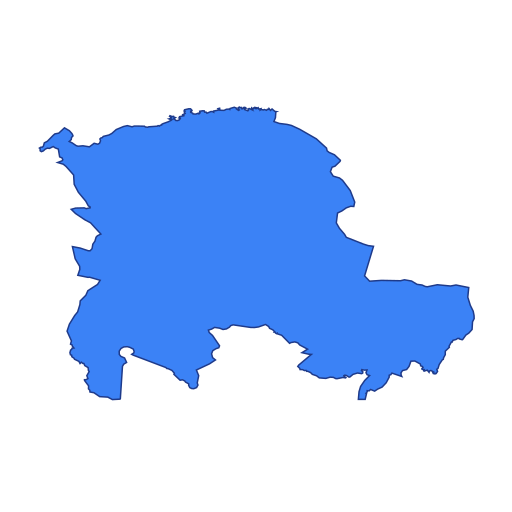 the district of Central Tongu, Volta, Ghana, rotated 272°
{"feature_id": "2480657B36678414015123", "entity_name": "Central Tongu", "entity_type": "district", "adm_level": 2, "iso_a3": "GHA", "parent_name": "Ghana", "parent_adm1": "Volta", "projection": "equal_earth", "projection_center": [0.611, 6.166], "detail": "fine", "context": "isolated", "style": "filled", "palette": "blue", "viewbox_px": 512, "rotation_deg": 272, "n_neighbors": 0, "source": "geoboundaries", "source_scale": "gbopen_adm2", "svg_char_len": 6053}
<svg xmlns="http://www.w3.org/2000/svg" viewBox="0 0 512 512"><g transform="rotate(272 256 256)"><path d="M401.0,271.3L401.2,269.8L403.5,266.9L402.0,265.4L403.9,263.8L403.0,263.4L403.0,262.2L402.0,261.5L402.7,259.2L402.2,258.2L402.6,256.3L402.1,255.3L403.4,255.8L402.9,253.8L404.3,253.0L403.4,251.9L403.3,250.4L403.6,249.9L404.3,250.7L404.5,249.6L403.8,249.4L403.9,248.4L402.7,247.9L403.9,246.5L403.1,246.3L401.9,247.2L403.2,244.0L402.5,243.0L401.6,243.4L400.8,242.8L402.0,239.4L402.9,239.4L403.4,240.9L404.2,239.7L403.9,238.1L403.2,238.0L402.5,236.9L404.0,236.0L403.7,234.9L404.3,234.2L403.7,233.2L402.2,233.4L401.4,234.2L400.9,233.5L402.3,231.3L403.0,231.6L403.9,229.1L402.5,224.9L401.5,224.7L401.9,223.9L401.6,221.2L400.4,219.0L400.4,214.9L402.4,214.5L401.9,212.8L400.6,213.9L399.4,208.6L398.2,208.7L398.8,207.4L398.8,205.9L397.0,202.0L398.0,201.2L398.0,199.6L399.2,199.3L399.3,197.8L398.7,194.7L397.3,195.1L396.9,194.1L396.5,194.5L396.0,194.0L396.5,192.8L395.7,190.8L395.8,188.1L396.5,187.8L397.3,185.7L398.4,185.7L398.3,186.5L399.3,187.0L400.8,185.5L400.8,183.7L399.7,179.6L399.1,179.2L398.2,179.9L398.0,179.2L397.3,179.3L396.0,180.2L394.6,177.7L394.2,177.8L393.8,179.6L392.6,174.8L392.0,175.0L391.3,174.2L390.6,176.2L390.6,175.0L389.3,174.5L388.6,173.0L388.6,171.2L390.2,169.5L390.1,168.8L391.5,170.6L391.8,169.2L392.7,168.8L392.5,167.1L393.2,165.1L392.6,164.8L392.3,166.0L391.1,167.0L391.6,165.9L390.3,165.4L390.0,164.3L389.6,165.3L390.4,166.0L389.6,167.1L388.9,166.9L387.1,163.7L385.0,158.4L384.3,157.2L383.6,157.1L383.4,155.9L382.5,155.0L382.9,153.6L382.3,152.8L381.4,144.4L380.9,143.2L381.1,140.9L381.8,140.0L381.7,132.1L381.6,129.8L380.8,127.6L381.8,122.9L380.8,119.1L377.5,111.9L373.5,107.7L371.8,104.8L370.2,99.2L368.9,98.2L368.5,96.8L367.5,95.9L365.7,96.6L363.2,95.7L362.2,94.0L363.0,90.3L359.3,85.7L360.1,79.2L359.5,74.3L360.0,72.5L362.7,68.2L363.9,65.3L365.9,67.3L368.0,67.5L369.6,68.9L370.1,68.8L371.9,67.8L374.7,65.1L377.4,60.1L371.9,54.6L371.0,50.7L369.6,49.2L363.4,43.5L361.7,40.5L358.4,39.7L357.4,38.8L357.2,37.1L356.3,35.8L355.8,36.5L353.6,36.6L352.8,37.9L353.6,39.8L355.5,41.7L356.5,43.8L356.3,45.8L358.3,49.5L357.0,51.6L356.0,54.7L348.2,56.3L347.3,58.7L345.4,59.6L344.4,58.9L342.5,54.5L341.0,60.2L338.9,63.0L330.6,70.9L321.3,71.8L313.4,76.3L304.8,84.0L300.2,86.7L299.4,88.4L298.4,88.6L297.4,84.6L298.1,82.7L297.6,74.1L296.2,69.7L292.2,74.1L286.2,83.7L283.4,89.5L272.5,100.2L270.7,96.8L269.2,95.5L265.2,94.5L262.1,92.5L257.6,91.9L255.4,90.0L255.4,88.1L257.8,80.0L259.0,72.2L246.9,75.4L239.6,80.1L236.5,80.4L230.5,78.6L228.8,88.8L229.0,90.4L226.3,101.1L222.0,98.6L215.5,89.2L210.8,87.3L205.0,81.9L201.3,81.7L193.9,79.7L190.2,76.9L181.4,71.9L174.3,69.8L164.7,74.5L161.4,73.7L160.6,75.4L159.5,75.6L157.7,77.2L157.4,75.4L156.2,75.0L155.5,74.0L152.9,73.4L150.8,74.0L150.5,75.2L148.9,75.5L147.5,77.7L146.5,78.2L144.5,82.7L142.4,83.9L143.8,85.1L142.6,86.7L142.6,87.7L140.5,88.7L138.6,92.1L135.7,92.5L134.7,93.3L130.5,91.1L127.6,92.3L126.5,90.5L126.4,88.9L125.6,89.0L120.4,93.2L117.4,93.2L116.0,94.6L114.3,94.8L113.7,98.8L110.0,104.7L109.8,112.8L107.5,117.5L108.2,125.1L108.7,125.4L141.1,126.4L143.3,127.6L145.1,130.4L149.5,128.2L151.0,124.4L152.9,122.8L156.1,122.6L158.9,124.3L160.5,127.0L160.9,130.5L160.3,133.1L158.7,136.6L156.4,137.5L154.9,137.3L153.4,135.2L152.6,136.8L141.4,169.8L140.4,170.9L140.4,172.0L138.7,176.0L136.0,178.5L134.9,178.1L129.2,184.5L129.7,186.8L128.7,189.1L127.5,190.0L125.9,193.2L124.4,193.2L122.2,194.4L121.3,196.3L121.2,198.4L122.4,201.2L125.0,202.5L127.1,201.7L134.4,202.9L140.0,200.4L146.6,213.3L150.7,219.1L152.9,216.2L156.7,215.0L159.9,216.1L162.0,219.3L163.0,222.0L165.0,222.7L175.1,215.3L177.9,211.9L180.3,211.0L181.4,214.2L183.2,217.1L182.6,222.2L181.4,225.6L182.1,229.0L184.0,232.0L185.5,233.1L186.4,235.5L184.4,253.4L184.5,257.0L185.2,261.0L187.9,267.9L186.0,271.1L184.2,272.1L182.8,275.4L181.1,277.1L180.6,276.8L180.6,277.7L179.7,278.2L179.1,279.2L179.5,279.9L179.0,279.9L177.7,284.4L169.9,292.6L170.7,293.9L171.5,297.8L170.7,300.8L168.6,302.8L164.7,310.8L161.0,305.3L159.7,312.0L159.6,314.8L148.6,302.6L147.1,301.6L145.2,303.7L144.0,304.0L144.1,306.5L143.2,308.4L143.4,310.1L142.5,310.7L142.6,311.7L141.4,314.6L139.7,316.4L138.4,320.7L136.4,323.5L136.1,330.0L137.5,334.3L137.4,337.6L136.3,339.8L136.2,341.2L137.6,347.1L137.3,349.8L137.6,350.1L138.9,348.2L139.5,348.0L140.0,348.9L139.8,350.4L138.2,353.2L138.4,354.1L141.1,357.1L142.6,361.5L142.1,365.7L142.7,366.7L144.0,366.8L145.2,365.4L146.2,365.7L145.7,368.2L146.0,370.9L143.2,370.0L141.2,371.2L140.5,373.7L135.4,369.0L129.3,365.1L124.0,363.7L116.3,363.3L116.5,370.1L122.6,371.3L122.7,370.8L124.3,371.9L125.3,371.8L125.2,373.8L126.6,375.2L125.1,379.3L127.2,382.2L129.4,386.6L133.8,390.5L139.5,393.3L141.5,393.3L142.1,394.9L143.7,395.9L140.7,405.9L142.0,405.2L144.3,405.0L146.6,406.4L147.8,410.5L151.0,412.8L156.3,414.5L156.6,418.4L153.8,424.0L152.0,424.4L151.5,426.0L150.6,426.8L149.2,425.7L148.6,425.9L148.4,428.0L147.3,427.5L146.8,428.0L147.9,431.1L145.8,433.0L147.1,433.3L147.7,434.8L146.3,437.5L146.1,436.6L144.7,437.3L144.4,439.0L144.8,440.1L147.0,441.5L149.1,440.6L150.0,441.8L154.0,442.9L158.7,445.8L159.3,446.8L160.8,447.0L164.0,448.6L167.5,448.5L171.5,452.4L172.6,452.1L176.9,454.3L176.8,455.0L178.6,455.8L179.5,458.7L180.7,460.5L180.7,462.0L180.2,462.1L179.5,465.0L179.8,465.5L184.3,468.5L186.4,471.4L190.1,474.5L197.8,474.7L201.0,476.2L204.1,476.0L208.4,475.0L214.2,471.9L222.2,469.1L231.9,469.7L234.0,456.9L232.8,451.5L233.6,438.2L231.2,428.2L231.5,426.1L232.8,423.0L233.3,417.9L236.4,412.4L237.4,405.2L236.3,401.2L236.0,382.3L234.8,370.4L239.9,365.2L269.8,373.1L270.3,367.8L271.7,362.8L277.8,345.6L280.7,343.8L286.6,338.4L291.9,335.1L301.8,336.0L304.0,340.2L307.3,344.6L309.0,348.9L308.9,352.0L313.3,352.8L324.7,347.9L334.7,339.8L336.9,336.7L338.5,330.4L342.8,327.4L347.4,328.9L348.5,331.8L353.5,336.7L354.6,337.0L359.9,330.9L362.1,325.4L363.6,323.4L366.3,322.7L375.2,312.2L384.2,295.2L387.7,286.9L388.6,282.5L389.3,274.7L391.0,269.2L394.9,270.6L400.8,270.8L401.0,271.3Z" fill="#3b82f6" stroke="#1e3a8a" stroke-width="1.5"/></g></svg>